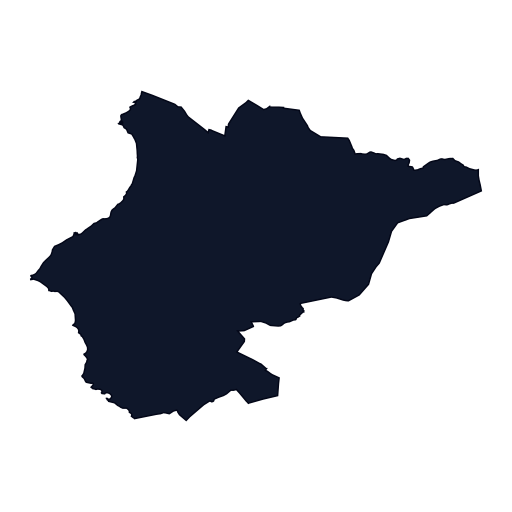 the district of Klepp nor, Rogaland, Norway
{"feature_id": "86288312B2742263230079", "entity_name": "Klepp nor", "entity_type": "district", "adm_level": 2, "iso_a3": "NOR", "parent_name": "Norway", "parent_adm1": "Rogaland", "projection": "robinson", "projection_center": [5.601, 58.762], "detail": "fine", "context": "isolated", "style": "filled", "palette": "ink", "viewbox_px": 512, "rotation_deg": 0, "n_neighbors": 0, "source": "geoboundaries", "source_scale": "gbopen_adm2", "svg_char_len": 5983}
<svg xmlns="http://www.w3.org/2000/svg" viewBox="0 0 512 512"><path d="M263.2,399.0L277.6,395.6L278.5,383.3L279.1,377.9L272.1,374.7L270.0,373.3L267.5,371.4L265.3,370.3L266.4,368.7L266.2,368.7L261.0,364.1L259.5,363.5L253.2,360.0L236.8,352.0L244.3,341.5L244.5,338.9L237.6,331.0L244.2,330.6L253.3,326.5L253.4,326.3L251.2,321.8L261.0,321.4L266.0,323.0L269.8,325.1L270.6,325.4L278.3,326.0L280.4,325.8L281.1,325.5L282.6,324.5L283.7,323.4L285.3,322.6L287.4,322.0L289.5,321.7L293.3,320.0L295.6,319.7L295.9,319.4L296.6,317.7L298.0,317.1L299.7,316.0L299.5,315.1L301.8,313.1L302.9,311.9L303.7,312.0L303.8,310.8L303.1,310.7L303.1,308.5L301.3,307.1L301.6,306.9L301.0,306.2L300.3,304.4L300.1,303.9L300.8,303.3L331.4,297.0L336.5,297.9L343.1,300.0L346.0,300.6L348.4,300.8L359.2,294.9L368.5,284.3L371.5,273.7L376.1,266.7L379.2,263.1L388.4,241.9L391.5,231.3L397.6,222.8L409.4,218.5L426.7,215.8L434.4,209.0L435.4,208.3L439.3,206.2L443.6,204.6L444.6,204.6L446.5,204.8L447.7,204.6L448.9,204.0L451.8,203.1L453.7,203.1L481.3,190.9L480.2,185.1L479.0,180.1L478.3,175.8L478.3,173.5L478.3,169.7L477.2,170.1L475.1,170.2L469.4,168.7L466.2,167.1L464.3,166.8L463.9,166.5L463.1,165.1L461.1,163.9L458.6,162.0L454.9,160.7L452.8,158.5L449.4,158.6L445.0,159.5L443.8,159.4L441.9,158.9L440.3,159.1L437.5,160.4L433.1,161.2L431.0,161.8L429.8,162.3L428.3,163.3L423.4,166.8L423.3,167.7L422.7,168.2L420.5,168.7L418.7,169.4L418.1,169.8L414.9,170.3L414.1,170.2L413.6,169.8L413.5,169.2L413.2,168.7L412.9,167.9L412.5,167.2L412.1,166.9L408.2,166.3L408.2,164.7L409.1,162.8L409.5,160.2L408.2,158.4L406.3,158.4L404.7,159.3L403.1,159.4L402.0,158.9L399.9,158.3L397.4,159.0L396.6,160.2L394.9,160.5L391.2,159.5L389.5,158.3L386.4,155.4L383.3,154.4L377.5,153.7L376.6,153.9L375.2,153.7L374.4,153.2L371.1,152.0L370.0,152.1L367.1,153.9L366.1,154.2L364.1,154.2L362.2,154.0L360.8,153.6L356.6,153.8L355.2,154.2L353.8,150.3L352.1,148.0L352.1,147.4L349.2,140.4L347.7,138.2L324.1,137.0L320.8,136.9L310.2,130.5L307.7,127.0L307.6,126.5L307.7,126.4L307.4,125.7L302.4,118.1L300.1,112.9L299.2,110.3L283.4,108.2L283.5,107.5L278.6,107.2L271.7,107.2L269.7,107.0L269.5,106.8L269.5,106.6L266.6,108.8L263.6,109.6L257.0,105.5L248.3,100.4L246.1,102.6L238.7,108.0L228.9,123.5L228.5,124.3L228.3,127.1L226.1,126.6L224.8,135.9L211.9,130.6L211.1,130.1L209.0,129.6L208.1,132.7L204.8,129.8L188.2,116.9L186.7,115.0L184.5,111.3L181.1,107.1L177.9,106.9L174.9,104.4L173.5,103.8L152.4,95.4L141.9,91.6L141.4,93.5L141.3,94.8L140.3,96.8L140.1,97.9L139.5,98.4L139.5,98.9L139.3,99.2L137.2,100.1L135.7,101.2L135.6,101.4L136.3,101.8L136.2,102.0L135.9,102.1L134.4,101.7L134.5,101.6L134.3,101.5L133.7,102.2L134.0,102.2L134.4,102.0L135.2,102.1L135.1,102.5L135.2,103.2L135.7,104.1L135.7,104.5L134.7,104.8L134.8,105.0L134.6,105.2L132.5,105.8L130.0,107.1L130.0,107.5L130.6,108.7L130.2,109.9L128.9,111.2L126.3,112.8L123.4,114.0L123.5,114.2L122.6,114.5L121.9,114.5L121.4,114.9L120.9,115.7L120.9,116.7L121.3,119.0L121.4,120.5L120.1,121.5L119.6,122.6L119.9,123.0L120.5,123.1L121.0,122.0L122.3,121.6L122.4,121.9L122.6,122.0L122.7,122.7L121.2,122.7L120.9,122.8L121.4,123.1L121.7,123.0L122.3,123.2L122.3,123.6L121.9,123.9L121.2,123.8L121.1,123.6L119.4,123.5L118.6,123.6L118.7,123.8L122.6,124.9L123.5,126.1L124.1,127.6L126.0,128.8L126.7,129.5L128.1,132.8L128.7,133.0L131.8,134.0L133.9,137.5L134.4,138.6L134.7,138.8L136.5,143.4L137.2,150.8L137.3,153.5L137.5,156.2L137.3,157.4L137.8,159.4L136.6,170.8L134.9,176.2L134.2,177.4L132.3,183.8L131.5,184.8L131.1,185.9L129.9,187.3L128.2,190.2L127.3,191.4L126.4,192.0L126.7,193.3L126.2,194.4L125.3,195.6L123.8,196.8L123.9,198.6L123.6,199.7L122.7,200.9L120.7,202.9L118.8,204.1L117.9,204.3L115.0,207.9L113.4,209.0L112.1,210.1L111.1,212.1L110.5,215.5L110.0,216.9L108.5,218.2L106.7,218.7L104.8,218.9L103.0,218.8L101.7,219.3L97.9,221.8L96.7,222.8L94.0,223.5L91.4,226.0L85.5,230.0L82.3,233.1L80.7,234.2L78.3,234.7L77.3,233.2L77.0,233.6L76.4,233.5L76.2,234.0L77.2,234.1L77.7,234.8L75.8,234.6L76.1,233.5L76.3,232.9L75.8,232.5L74.1,233.0L74.2,233.9L73.0,236.6L66.6,239.9L62.4,242.8L58.9,244.6L54.6,246.4L52.5,249.8L52.2,251.8L51.4,254.2L50.7,255.6L48.8,257.6L45.2,260.9L44.8,261.6L43.7,262.4L41.2,266.3L39.9,268.8L38.4,270.4L36.1,273.5L34.7,274.4L33.0,275.2L31.2,275.5L30.9,275.8L31.3,276.5L32.0,277.0L32.0,277.8L30.7,279.1L30.8,279.6L33.6,279.1L37.9,280.5L40.3,281.7L46.9,286.5L48.4,288.1L48.8,289.2L48.9,290.5L49.7,290.6L51.4,291.3L52.8,291.1L53.9,291.1L54.6,291.4L57.2,291.3L58.5,291.6L64.6,297.3L67.4,300.7L71.6,306.5L72.3,307.3L73.4,310.1L75.1,313.8L75.5,320.1L75.4,321.4L74.8,323.7L73.3,324.6L72.9,325.3L75.8,326.6L77.1,327.5L78.3,328.9L78.9,330.8L78.6,332.7L81.1,334.5L81.1,335.7L82.4,336.6L84.0,339.3L85.2,342.5L86.5,344.8L87.5,347.1L87.7,349.5L87.0,351.6L85.7,353.2L84.0,354.2L84.2,354.8L85.0,355.5L86.6,357.4L87.8,359.5L87.1,360.2L86.7,362.2L85.2,364.7L85.0,368.2L83.8,373.4L82.7,375.1L82.6,375.7L82.0,375.9L82.1,376.6L84.2,378.5L85.7,381.6L86.3,382.2L87.0,382.4L91.3,383.3L92.2,383.0L93.2,383.5L93.2,384.5L92.9,385.3L91.1,387.2L91.6,387.7L92.6,388.2L92.9,388.7L94.1,388.8L95.9,389.4L97.7,389.0L100.2,389.3L101.6,390.1L102.2,391.7L101.5,392.4L101.5,392.9L102.0,393.5L104.7,393.8L105.5,392.8L107.4,392.7L108.6,393.0L109.9,393.6L111.0,394.7L111.7,395.8L111.7,396.7L111.4,397.4L110.5,398.7L108.8,399.5L106.9,398.3L106.5,398.4L106.7,398.8L107.2,399.2L107.4,399.9L108.4,400.5L108.6,401.3L114.6,402.8L117.7,405.4L119.5,406.3L120.7,407.2L122.7,408.1L126.5,408.1L126.9,408.3L128.7,409.8L129.4,411.2L129.4,412.3L131.2,413.4L131.6,414.1L131.9,415.0L131.4,416.2L133.2,417.6L134.0,418.0L134.5,418.6L156.5,414.2L160.8,413.6L161.0,413.4L162.2,413.1L163.1,412.6L165.4,412.8L169.3,413.7L173.4,411.0L176.7,410.1L178.0,411.6L177.8,412.0L179.5,414.7L186.2,420.4L189.7,416.7L203.7,404.7L209.4,401.1L210.1,401.0L211.8,401.8L213.0,401.4L213.6,400.9L214.2,399.1L218.6,397.2L223.4,395.5L226.5,393.8L230.4,390.5L231.0,390.2L233.5,390.2L236.4,389.5L239.7,393.1L246.5,401.3L246.9,401.6L248.4,403.3L249.0,403.0L263.2,399.0Z" fill="#0f172a" stroke="#020617" stroke-width="1.5"/></svg>